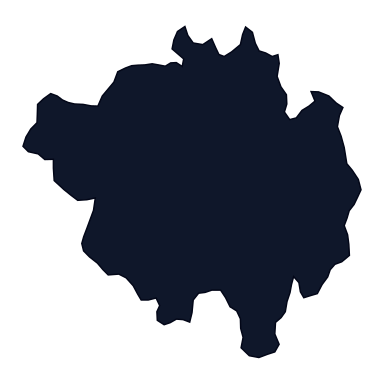 Ibituruna, Minas Gerais, Brazil (Equal Earth projection)
{"feature_id": "56859067B57864573581832", "entity_name": "Ibituruna", "entity_type": "district", "adm_level": 2, "iso_a3": "BRA", "parent_name": "Brazil", "parent_adm1": "Minas Gerais", "projection": "equal_earth", "projection_center": [-44.785, -21.171], "detail": "fine", "context": "isolated", "style": "filled", "palette": "ink", "viewbox_px": 384, "rotation_deg": 0, "n_neighbors": 0, "source": "geoboundaries", "source_scale": "gbopen_adm2", "svg_char_len": 1934}
<svg xmlns="http://www.w3.org/2000/svg" viewBox="0 0 384 384"><path d="M28.4,151.7L38.2,153.9L44.8,159.5L53.4,159.3L53.4,168.2L54.2,180.6L64.0,189.6L71.2,195.4L77.7,200.3L86.9,199.7L95.3,198.0L93.5,210.4L90.4,218.8L86.9,228.3L83.7,236.7L81.8,243.5L83.6,250.9L89.6,257.0L97.4,263.1L103.0,269.7L108.2,274.9L118.8,274.1L126.1,277.8L133.2,285.7L137.7,294.1L141.2,300.0L148.2,300.0L156.1,298.0L159.7,305.6L156.9,311.7L157.3,320.3L164.1,324.7L170.1,322.7L176.4,319.1L183.1,319.6L189.7,322.1L192.0,312.7L193.2,300.0L198.6,293.2L205.1,292.4L211.9,290.1L220.6,290.1L225.6,297.7L230.1,306.8L236.7,310.9L240.4,318.8L240.7,328.4L243.1,337.4L241.1,347.8L249.3,355.7L258.9,357.5L267.4,354.3L274.8,351.9L279.1,344.3L274.8,334.0L275.5,322.4L281.1,317.6L285.3,311.7L287.0,301.6L290.0,292.6L291.5,284.5L293.6,276.6L298.9,282.6L300.4,291.8L303.8,297.7L311.2,295.4L317.3,293.6L322.1,284.5L327.7,276.9L330.2,269.7L334.9,264.3L341.7,261.8L349.4,255.4L348.8,244.3L347.6,234.8L344.2,225.6L347.1,217.9L349.2,210.7L354.1,204.4L357.7,196.9L361.0,189.8L358.3,179.4L352.2,170.2L346.8,163.7L344.2,147.5L341.1,136.2L337.4,126.7L339.4,115.5L342.9,107.5L336.3,103.1L328.9,96.0L318.6,91.9L311.1,91.6L315.0,101.1L309.0,106.1L302.0,110.4L296.3,117.9L289.7,119.6L284.4,112.0L286.8,104.0L286.4,94.7L280.9,86.8L277.1,76.4L279.2,63.4L277.9,54.7L272.2,56.5L265.7,53.0L259.1,50.9L255.3,43.3L252.4,32.3L245.6,27.0L242.6,34.6L240.4,44.6L231.6,51.9L224.2,56.5L218.9,54.5L215.5,47.4L211.7,38.7L202.8,44.6L193.2,43.0L187.8,35.4L184.9,26.5L177.5,31.5L173.9,39.9L172.1,48.9L177.2,53.3L183.7,58.9L182.2,66.5L176.3,62.6L170.7,62.9L165.3,66.2L158.4,64.9L152.2,63.8L144.9,64.9L137.6,65.2L131.7,65.7L125.5,68.0L117.8,71.7L113.9,82.1L108.9,88.1L102.3,96.0L97.9,106.1L91.1,105.9L83.1,104.4L74.6,104.0L68.2,102.5L62.5,100.0L57.2,96.0L50.7,93.6L43.5,98.8L37.6,104.4L37.3,114.8L37.0,122.7L30.8,129.0L26.0,137.0L23.0,146.3L28.4,151.7Z" fill="#0f172a" stroke="#020617" stroke-width="1.5"/></svg>